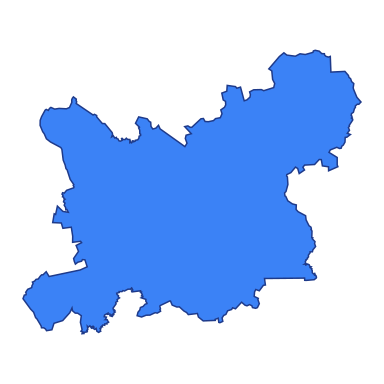 Kalvenes pag., Aizputes, Latvia
{"feature_id": "27541924B69386749223105", "entity_name": "Kalvenes pag.", "entity_type": "district", "adm_level": 2, "iso_a3": "LVA", "parent_name": "Latvia", "parent_adm1": "Aizputes", "projection": "mercator", "projection_center": [21.699, 56.611], "detail": "fine", "context": "isolated", "style": "filled", "palette": "blue", "viewbox_px": 384, "rotation_deg": 0, "n_neighbors": 0, "source": "geoboundaries", "source_scale": "gbopen_adm2", "svg_char_len": 5943}
<svg xmlns="http://www.w3.org/2000/svg" viewBox="0 0 384 384"><path d="M172.2,305.1L176.8,307.0L179.4,306.9L183.9,311.0L186.6,312.5L188.3,314.6L197.4,313.5L198.4,317.0L203.2,320.9L215.3,320.4L215.1,319.4L218.2,318.2L218.8,322.4L219.9,322.7L222.8,321.4L222.1,317.9L223.7,315.4L225.9,314.4L227.6,310.8L231.6,309.5L232.6,307.8L235.5,308.8L241.6,302.2L245.0,305.2L247.0,305.8L249.6,304.6L251.9,305.8L252.5,307.6L255.7,308.3L257.4,307.6L259.3,303.7L257.9,299.6L258.3,298.4L254.2,296.4L254.6,291.8L255.8,289.5L259.3,290.8L263.4,285.3L265.4,285.0L264.5,278.5L304.6,278.1L304.7,280.3L306.1,280.4L314.2,279.7L316.3,278.0L316.5,277.2L315.9,275.5L314.7,275.2L315.1,274.4L314.7,273.4L313.6,274.0L312.3,272.7L312.2,270.3L311.6,269.7L311.9,268.7L310.2,267.7L311.1,266.8L310.0,266.7L309.3,264.9L307.8,264.1L306.7,263.9L306.8,264.5L305.8,265.0L305.5,264.1L304.6,264.1L305.7,263.4L305.3,261.4L306.1,260.4L305.9,259.8L307.5,258.8L307.4,257.9L308.5,256.9L308.4,255.1L310.1,252.8L310.1,251.8L312.4,251.8L312.9,249.8L315.6,246.5L314.6,243.7L315.0,241.6L312.4,238.9L312.8,237.8L311.8,237.6L312.0,231.0L311.0,229.5L311.4,229.1L311.0,227.2L309.0,225.7L306.1,219.9L305.6,215.7L298.1,211.7L296.1,209.5L296.3,204.9L292.4,203.9L287.8,200.8L285.8,196.4L284.9,195.9L284.6,192.9L286.0,191.5L287.9,184.5L287.4,176.9L286.6,176.0L286.8,174.6L290.9,172.6L295.5,167.1L297.7,168.5L299.2,173.6L304.5,170.0L302.9,167.2L304.6,165.1L314.6,164.5L319.2,159.5L321.3,159.6L322.4,165.9L328.5,166.8L328.6,170.8L337.9,166.7L337.2,164.9L337.2,157.5L329.0,152.4L330.3,149.9L336.8,147.3L339.6,148.5L341.2,148.2L341.8,146.2L343.3,145.1L345.0,142.1L345.2,137.4L346.9,137.2L350.4,134.5L347.3,133.3L349.5,130.3L348.4,127.6L349.5,126.1L349.2,125.4L352.7,120.1L352.7,119.2L352.0,118.7L352.2,118.1L351.5,117.9L352.0,117.3L351.9,116.1L351.2,115.6L351.5,113.6L353.4,112.3L354.5,108.5L355.4,107.5L355.3,106.0L357.3,104.2L358.8,104.3L361.0,102.0L356.9,97.3L353.5,89.1L353.2,87.7L353.8,83.6L351.6,81.6L350.6,78.7L349.0,77.4L348.4,75.4L344.9,71.4L330.9,72.1L330.3,56.4L328.4,57.1L325.7,56.2L324.6,55.0L324.4,53.7L321.7,53.6L319.3,51.2L315.2,50.3L313.4,50.9L312.9,52.4L305.3,54.5L300.0,53.8L295.4,56.2L286.9,55.1L283.9,52.8L279.4,56.5L268.8,68.9L271.8,70.9L272.6,79.4L274.7,83.5L273.7,87.6L263.7,90.7L261.4,89.6L253.6,89.8L249.6,91.9L250.4,94.6L250.0,97.1L246.9,99.9L244.2,100.8L240.5,87.1L236.8,88.2L235.5,86.6L227.2,85.4L226.8,91.2L221.8,93.1L223.2,99.9L225.5,101.4L225.7,104.9L224.5,107.3L220.8,109.9L222.0,113.7L220.3,117.7L215.5,118.6L213.5,120.6L208.4,121.7L205.1,121.5L203.4,118.5L200.9,118.8L191.8,127.3L190.2,127.3L187.9,125.9L184.7,126.6L191.3,133.7L186.1,135.2L185.3,138.5L187.0,143.2L184.9,146.6L160.1,128.9L158.5,125.3L155.8,128.2L152.8,129.0L151.0,126.4L150.7,122.2L149.3,121.5L147.2,118.8L138.7,116.9L135.5,123.3L139.4,127.2L138.6,127.9L139.7,130.1L139.8,133.8L140.6,134.2L140.6,135.5L139.1,136.2L138.9,138.1L137.8,139.8L135.3,140.3L135.3,141.0L133.7,141.8L132.8,141.8L133.2,140.9L132.7,140.8L131.6,142.9L130.5,142.5L130.5,141.6L129.8,142.3L129.9,139.5L127.6,139.4L126.3,138.2L125.1,139.6L123.2,139.5L122.0,138.3L121.5,138.7L122.2,140.3L120.3,141.2L118.8,140.7L118.1,139.0L116.6,138.5L116.4,137.4L114.8,138.0L113.3,135.8L111.7,136.8L112.6,134.3L112.1,132.5L104.8,123.6L102.3,123.5L96.7,116.9L96.7,115.5L94.4,114.3L93.1,115.0L76.2,103.5L76.7,101.7L76.1,100.6L76.3,99.1L73.4,96.9L72.3,98.3L71.7,99.9L71.8,102.4L69.5,107.5L66.4,108.8L59.1,108.4L54.7,109.1L50.9,107.4L49.6,108.3L48.3,110.4L46.2,109.4L45.1,110.2L41.6,116.6L40.2,120.3L40.1,125.4L42.7,131.7L44.2,133.7L46.4,138.8L50.5,142.0L60.8,147.5L61.9,149.4L63.2,160.1L65.1,164.9L66.0,168.7L67.1,169.8L70.2,179.4L73.8,184.6L73.2,185.4L74.0,186.9L73.7,187.8L66.6,190.3L64.3,193.1L62.6,192.7L62.0,194.2L63.0,195.1L62.5,196.8L63.6,197.2L64.0,198.7L65.0,199.2L64.1,199.9L63.5,201.8L65.0,203.1L64.2,205.2L65.6,207.5L65.8,209.8L66.9,209.5L68.3,212.3L62.9,211.4L57.4,206.1L55.6,214.5L54.2,213.8L52.7,222.6L61.3,223.0L62.9,228.3L71.3,227.2L72.7,236.2L72.6,242.3L80.6,241.3L81.6,242.7L76.1,245.4L78.5,251.4L73.6,258.5L74.3,261.4L75.4,264.1L77.9,262.2L81.6,261.2L82.4,259.6L84.9,259.8L87.2,266.8L80.1,270.0L49.1,276.5L46.2,271.7L43.0,274.8L41.7,274.8L40.5,275.9L38.2,279.0L36.0,279.4L34.6,281.1L32.4,282.1L33.1,283.6L32.0,285.6L31.7,287.6L27.7,289.3L25.7,292.3L26.1,292.8L26.1,294.7L24.3,295.1L23.0,298.7L30.6,309.1L33.6,312.2L35.6,317.6L37.0,319.0L41.1,325.9L41.5,327.8L43.7,327.8L45.6,329.1L46.5,330.7L51.9,329.8L54.0,323.3L62.7,320.6L69.8,312.7L72.0,308.0L72.5,310.8L75.2,313.1L77.7,313.2L81.3,315.7L80.4,322.3L82.1,329.7L81.0,331.2L83.3,332.1L82.3,332.5L82.0,333.7L84.0,333.5L83.8,332.4L87.0,331.9L87.4,331.1L86.8,330.3L87.8,329.5L87.4,326.3L88.2,327.2L89.9,325.8L91.5,328.2L92.4,327.8L91.5,326.8L93.1,326.2L94.0,327.1L93.0,328.3L94.8,329.4L96.1,328.4L96.9,331.3L98.7,332.4L100.6,331.2L100.2,330.9L100.6,329.6L100.0,328.4L101.1,328.0L101.1,326.7L102.4,326.8L102.1,325.7L102.9,325.0L104.7,325.3L104.8,323.9L106.9,323.9L106.7,323.2L109.2,322.0L108.3,322.1L107.2,319.7L105.5,319.6L106.1,319.2L105.8,318.5L106.4,317.1L104.2,316.7L104.6,315.0L107.9,313.2L107.7,314.3L109.9,314.0L110.3,314.9L109.9,315.7L112.2,316.5L112.8,315.7L111.9,314.9L113.7,314.5L113.2,313.7L115.2,312.0L113.9,310.9L114.8,310.3L113.1,309.0L113.1,308.1L116.1,303.8L115.7,302.7L116.1,302.0L117.5,301.4L117.1,299.6L119.5,297.9L118.2,296.9L118.5,295.7L117.1,294.6L116.7,293.2L119.2,292.5L119.1,291.6L122.0,291.6L122.9,290.6L124.5,291.0L127.9,289.2L130.5,289.1L131.6,287.9L131.9,288.2L131.3,289.1L132.2,289.0L132.8,290.0L131.5,290.9L132.0,291.9L140.5,290.8L140.3,291.9L141.5,292.1L141.1,292.8L142.3,294.4L141.5,295.8L142.9,296.3L142.7,297.0L141.2,297.8L145.9,299.4L145.8,301.2L146.9,303.0L147.0,303.6L145.1,304.2L143.2,306.4L140.4,307.5L139.8,310.0L138.0,312.2L137.1,315.7L141.6,317.0L146.2,315.2L150.0,315.1L155.1,312.7L157.3,313.1L160.6,311.2L159.9,309.4L160.5,308.9L159.8,306.3L160.1,305.6L169.9,300.9L170.5,301.1L172.2,305.1Z" fill="#3b82f6" stroke="#1e3a8a" stroke-width="1.5"/></svg>